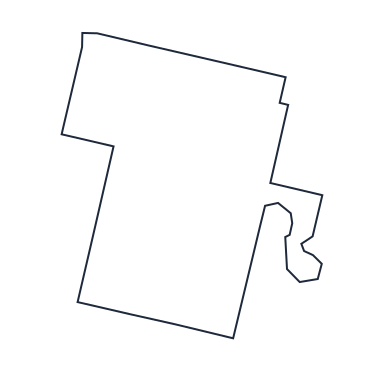 Tallahatchie, Mississippi, United States of America (Mercator projection), rotated 283°
{"feature_id": "52423323B23057609078581", "entity_name": "Tallahatchie", "entity_type": "district", "adm_level": 2, "iso_a3": "USA", "parent_name": "United States of America", "parent_adm1": "Mississippi", "projection": "mercator", "projection_center": [-90.171, 33.931], "detail": "fine", "context": "isolated", "style": "outline", "palette": "slate", "viewbox_px": 384, "rotation_deg": 283, "n_neighbors": 0, "source": "geoboundaries", "source_scale": "gbopen_adm2", "svg_char_len": 588}
<svg xmlns="http://www.w3.org/2000/svg" viewBox="0 0 384 384"><g transform="rotate(283 192 192)"><path d="M322.3,49.4L308.5,52.3L227.2,52.0L218.9,52.0L218.8,105.3L140.9,105.4L114.2,105.4L59.0,105.3L59.0,158.6L59.3,205.7L58.7,265.0L174.1,266.0L195.0,266.3L200.7,278.3L193.5,293.0L184.1,296.7L172.2,296.8L169.1,293.0L138.3,301.9L128.5,317.2L135.5,334.1L151.2,334.6L157.7,324.1L159.7,314.5L166.1,310.2L175.9,319.5L218.2,319.7L218.4,266.3L289.6,266.1L298.5,266.1L298.6,257.4L324.9,257.4L325.0,212.2L325.0,114.7L325.3,63.9L322.3,49.4Z" fill="none" stroke="#1e293b" stroke-width="2"/></g></svg>